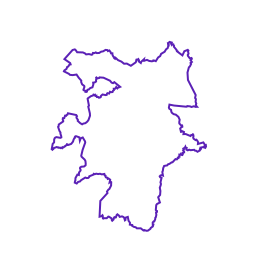 outline of Huehuetlán el Grande, Puebla, Mexico, rotated 196°
{"feature_id": "50627088B86745888605421", "entity_name": "Huehuetlán el Grande", "entity_type": "district", "adm_level": 2, "iso_a3": "MEX", "parent_name": "Mexico", "parent_adm1": "Puebla", "projection": "natural_earth1", "projection_center": [-98.149, 18.758], "detail": "fine", "context": "isolated", "style": "outline", "palette": "violet", "viewbox_px": 256, "rotation_deg": 196, "n_neighbors": 0, "source": "geoboundaries", "source_scale": "gbopen_adm2", "svg_char_len": 5813}
<svg xmlns="http://www.w3.org/2000/svg" viewBox="0 0 256 256"><g transform="rotate(196 128 128)"><path d="M178.9,151.0L177.7,151.3L177.5,151.8L177.7,153.0L177.3,153.7L176.4,154.1L175.3,156.0L173.4,157.3L173.3,160.3L174.0,162.0L172.6,162.6L171.5,163.9L172.0,165.4L171.8,166.2L172.5,167.6L172.3,167.9L171.0,167.3L169.4,168.2L169.3,168.8L165.4,169.6L158.3,168.5L156.3,167.1L154.7,167.0L153.8,168.3L146.9,165.4L149.0,163.7L149.2,163.2L150.6,164.2L151.1,162.3L152.5,161.8L152.0,160.5L152.7,159.6L152.8,158.3L154.1,157.8L155.3,157.9L155.6,155.9L157.4,155.8L157.7,154.9L157.6,154.0L158.4,153.5L161.7,153.2L162.8,151.5L162.7,150.3L163.4,149.5L164.3,149.1L164.8,149.6L166.4,149.2L166.8,149.8L167.6,149.8L167.6,150.2L168.2,149.9L168.9,150.9L169.6,150.3L170.4,150.5L170.6,149.6L172.4,148.4L174.8,145.4L174.9,145.0L171.7,138.7L172.1,137.6L168.7,131.6L167.9,129.3L168.2,124.8L168.9,122.9L170.3,120.9L172.2,119.9L173.1,118.9L175.3,119.5L178.3,121.0L178.4,122.0L180.3,123.6L180.6,124.4L180.3,125.3L181.3,126.2L189.8,125.6L189.9,124.1L190.7,123.5L190.8,122.7L191.9,122.5L192.0,119.9L193.3,119.5L193.1,118.2L192.1,116.8L192.2,116.3L195.5,112.3L195.2,110.5L195.5,109.8L193.0,106.2L191.7,105.1L191.4,103.9L189.9,101.7L189.5,100.6L190.3,99.9L194.3,99.5L195.3,98.7L195.7,97.9L195.8,96.6L195.1,93.8L196.0,92.0L195.5,86.6L194.7,86.3L194.4,87.5L193.9,87.4L193.7,88.3L191.2,90.1L190.1,89.9L189.5,90.2L188.9,89.9L187.9,90.4L187.2,90.1L186.4,90.8L185.8,90.5L185.5,91.4L185.1,91.2L184.4,91.9L183.9,92.9L183.2,93.2L183.2,93.7L182.3,94.8L182.2,95.6L181.8,95.6L181.4,95.0L180.6,95.3L178.2,97.1L177.1,99.8L177.1,101.8L176.8,103.4L176.3,104.0L176.6,104.7L176.3,105.5L175.7,105.8L172.2,105.6L170.8,102.6L170.6,105.1L168.9,106.4L165.6,103.3L165.1,102.2L165.6,94.4L165.3,88.4L164.7,87.6L161.0,85.7L159.8,84.5L158.8,82.0L158.5,80.4L159.6,78.9L162.2,77.9L163.1,76.8L163.0,75.9L162.0,74.7L161.9,74.0L162.8,71.8L162.3,69.3L163.8,69.3L164.7,65.4L164.1,62.9L164.3,62.3L164.1,60.8L162.0,60.5L161.1,62.4L159.3,63.5L158.8,64.8L155.4,68.6L153.8,68.5L152.4,69.1L151.8,70.2L151.9,70.9L148.3,73.7L148.3,74.5L147.1,74.5L146.0,75.3L144.0,75.5L142.3,76.3L140.4,76.2L138.1,77.3L137.6,76.3L136.5,76.0L136.5,75.4L135.7,74.5L134.2,74.5L133.5,73.5L132.8,74.1L130.9,73.4L130.7,70.6L129.8,71.6L129.2,71.3L128.4,68.0L129.1,64.3L129.9,63.3L130.7,61.1L129.8,59.8L134.5,50.3L130.9,34.9L129.2,35.9L128.5,37.1L128.1,36.7L127.2,34.2L126.8,34.1L126.1,34.7L123.6,35.4L122.5,37.4L122.0,37.5L118.9,36.6L118.0,34.7L117.6,34.5L116.7,36.0L116.7,38.2L116.2,38.7L115.3,38.5L115.0,38.7L114.9,41.3L114.4,42.1L112.5,41.3L111.5,40.3L109.4,41.4L107.9,41.2L107.0,40.7L105.5,38.4L105.1,38.9L105.7,41.1L103.7,42.5L101.9,39.0L100.0,37.5L99.6,35.6L97.3,35.9L97.2,35.2L95.2,34.6L93.2,34.7L91.8,34.0L88.1,35.1L85.0,33.8L84.4,33.8L84.2,34.4L81.9,34.3L80.6,34.8L78.7,37.2L78.6,38.2L77.0,40.2L77.0,41.9L77.5,41.7L78.2,44.0L77.6,45.3L77.0,45.4L76.7,47.7L77.0,49.3L76.7,49.8L76.8,52.3L77.7,54.3L77.0,55.4L77.3,56.2L78.0,56.2L78.7,56.9L79.6,61.7L79.2,62.9L76.8,65.2L79.9,69.8L78.7,72.5L79.5,76.4L81.0,79.4L80.8,81.9L80.9,83.3L81.8,84.7L82.0,89.3L83.5,89.5L84.2,90.3L83.7,91.3L82.6,92.0L81.3,91.9L82.9,95.2L82.7,96.3L83.1,99.1L82.8,101.5L80.0,102.9L79.4,104.3L78.3,104.9L76.6,107.0L75.8,107.3L73.8,111.2L72.4,111.3L72.0,112.1L72.0,112.9L71.2,113.1L71.4,114.3L70.6,114.6L71.3,116.6L70.5,116.8L70.1,117.7L69.4,116.9L68.3,117.0L68.1,118.3L68.5,119.3L67.4,120.0L67.8,120.6L67.7,120.9L68.9,121.8L68.4,122.9L69.1,123.5L67.9,124.8L67.7,125.8L67.2,125.1L66.1,125.0L66.2,123.8L65.9,123.3L64.4,123.0L63.2,124.0L61.8,123.9L58.3,125.3L57.4,124.7L56.1,124.9L54.7,124.3L52.8,126.1L52.6,126.8L53.1,127.3L53.0,128.7L52.2,128.4L52.2,129.5L50.4,130.4L49.5,130.2L49.3,130.9L48.2,130.4L47.9,131.7L48.5,133.1L49.5,132.4L49.5,133.1L51.6,134.9L56.4,131.9L56.7,133.7L57.9,134.9L59.0,135.6L59.7,135.0L62.0,135.8L62.7,136.7L62.8,138.3L63.6,139.8L64.0,139.8L64.3,138.9L65.3,138.7L65.7,137.5L70.9,138.1L73.0,137.4L73.1,139.6L75.0,139.9L75.4,139.9L75.0,139.4L76.0,138.9L77.7,141.9L77.0,143.4L76.1,144.1L76.2,144.5L76.7,145.4L77.6,145.1L79.9,146.5L80.4,147.9L80.6,150.2L82.6,152.6L85.7,154.0L87.8,153.9L89.6,154.5L90.8,155.5L91.6,157.3L93.6,157.9L94.3,158.8L94.6,161.9L89.9,162.3L78.0,164.5L77.4,164.7L77.1,165.4L74.3,165.9L72.8,165.7L70.6,167.1L69.0,166.9L67.5,167.4L68.3,167.9L69.2,169.2L69.1,170.3L70.2,171.7L70.7,174.5L71.8,175.4L72.0,178.3L83.6,190.7L86.1,197.7L86.2,203.1L85.5,204.2L85.0,206.9L85.8,207.7L84.8,209.1L86.5,210.3L85.7,212.1L86.3,212.8L87.8,212.0L90.3,213.9L90.7,214.7L90.3,216.1L91.4,218.1L91.3,219.1L92.1,219.6L95.0,217.3L95.7,212.8L101.7,215.1L101.6,215.4L102.6,215.8L102.8,216.4L106.3,218.8L106.4,219.7L107.1,220.2L107.5,220.9L108.9,220.6L109.0,220.1L109.8,220.9L109.5,222.2L111.8,222.2L112.4,221.1L111.9,219.4L112.6,219.7L111.9,218.0L111.9,215.7L113.1,214.1L113.8,211.4L116.6,208.4L116.9,206.0L118.5,204.1L119.7,199.9L121.8,200.1L122.3,199.9L122.2,199.4L123.4,198.7L126.1,198.3L128.5,198.7L131.4,196.9L131.6,196.1L131.7,198.3L133.5,195.4L133.6,194.0L135.9,194.9L136.1,196.1L137.1,197.1L137.7,196.3L138.7,196.1L138.8,195.4L138.5,194.9L138.7,193.2L142.4,188.6L146.9,189.6L149.5,188.7L152.6,190.0L156.3,190.5L159.2,192.0L159.5,192.1L159.6,191.0L160.5,191.3L160.9,192.2L161.7,192.5L163.0,193.9L163.6,195.5L164.9,195.1L165.7,196.2L167.3,197.4L168.5,196.4L169.3,197.2L171.1,196.9L173.1,194.8L174.8,194.0L176.5,192.1L178.8,191.4L179.8,191.8L180.8,190.8L182.4,190.5L182.5,188.9L183.1,188.4L185.9,188.3L188.6,187.2L190.0,187.9L192.2,188.2L197.8,186.8L199.7,188.4L200.8,188.9L202.8,187.7L208.1,176.7L201.5,174.5L200.7,173.3L201.8,172.7L202.4,170.6L203.3,169.9L203.4,167.9L205.1,165.7L205.2,164.8L199.8,163.8L198.4,163.1L195.7,163.6L192.2,165.2L189.2,162.7L186.0,160.7L185.7,159.3L184.1,157.3L181.7,156.4L181.2,155.5L181.4,152.5L181.1,152.1L179.3,152.0L178.9,151.0Z" fill="none" stroke="#5b21b6" stroke-width="2"/></g></svg>